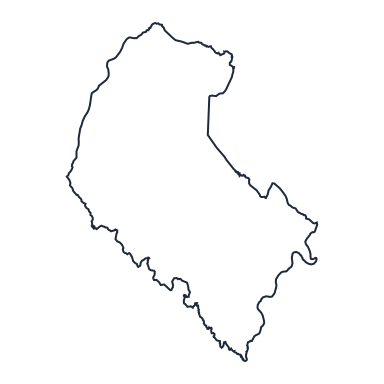 Zoundweogo, Zoundwéogo, Burkina Faso
{"feature_id": "67063806B75605811528327", "entity_name": "Zoundweogo", "entity_type": "district", "adm_level": 2, "iso_a3": "BFA", "parent_name": "Burkina Faso", "parent_adm1": "Zoundwéogo", "projection": "equal_earth", "projection_center": [-0.952, 11.556], "detail": "fine", "context": "isolated", "style": "outline", "palette": "slate", "viewbox_px": 384, "rotation_deg": 0, "n_neighbors": 0, "source": "geoboundaries", "source_scale": "gbopen_adm2", "svg_char_len": 5953}
<svg xmlns="http://www.w3.org/2000/svg" viewBox="0 0 384 384"><path d="M77.7,194.9L79.1,197.2L80.9,198.8L81.5,200.0L81.4,200.9L82.0,201.7L84.2,203.4L85.5,203.7L85.1,205.1L85.2,206.2L86.7,208.2L88.4,209.2L89.1,211.4L90.5,212.8L90.5,215.1L91.7,215.8L92.7,217.8L92.8,219.5L91.6,221.4L92.1,222.8L92.1,224.6L92.6,225.4L91.8,226.0L92.6,227.3L93.0,227.3L93.5,225.9L94.2,226.2L94.6,227.2L93.7,227.6L93.6,228.1L93.8,228.6L95.9,228.3L96.6,229.1L100.3,226.2L101.6,225.7L103.6,226.7L104.5,226.7L105.2,227.4L107.4,227.7L108.0,229.1L109.0,230.1L109.8,230.2L111.0,231.3L114.5,230.3L115.2,229.6L115.5,230.0L116.4,229.8L117.2,230.4L117.2,232.4L116.5,233.6L115.5,239.1L117.4,241.5L119.7,242.4L121.9,244.6L123.3,247.5L123.4,248.2L122.8,249.0L123.1,250.7L123.5,251.8L124.3,252.6L126.0,253.2L127.2,254.3L129.1,253.1L130.0,253.6L132.0,257.0L133.2,261.2L135.2,263.1L136.9,264.0L137.4,265.7L138.3,266.9L140.2,265.6L140.8,262.5L142.0,260.7L143.8,259.8L145.2,258.5L147.1,258.2L148.2,257.5L148.9,257.8L149.1,258.2L148.5,258.3L148.0,260.4L147.7,260.8L147.9,262.5L147.2,263.6L147.9,264.9L149.1,268.9L150.7,270.2L153.9,270.7L154.8,271.6L154.5,275.1L153.2,277.3L153.4,278.8L154.0,280.0L156.5,279.9L159.2,282.3L160.7,285.0L164.2,284.5L170.3,290.2L171.6,289.8L172.0,288.5L172.9,287.2L173.0,284.6L172.1,281.7L174.1,278.3L176.7,278.0L177.9,279.2L178.4,278.8L179.3,279.1L180.6,278.9L181.8,280.5L187.0,282.6L188.2,286.5L188.5,289.7L190.0,292.1L188.8,295.1L188.7,296.8L186.5,297.0L185.9,295.6L185.2,295.1L184.2,295.0L183.8,295.6L184.1,296.4L184.6,296.4L184.8,297.3L183.8,300.6L184.0,303.4L185.2,304.1L187.5,306.8L190.8,306.3L192.8,307.7L193.2,306.5L194.1,306.0L195.0,304.6L195.2,303.2L197.0,303.1L196.4,304.9L197.1,306.0L198.1,305.7L198.3,308.7L198.9,309.8L198.4,310.6L198.8,311.2L198.6,312.2L199.1,312.6L199.0,313.5L200.1,316.8L201.9,317.9L202.6,318.8L202.8,320.0L203.6,320.5L204.0,322.4L203.8,323.3L204.4,324.1L204.6,325.0L206.2,325.6L206.3,326.9L207.2,327.9L207.4,328.8L208.1,329.0L209.0,327.4L209.8,328.3L211.2,327.7L211.5,328.0L211.6,329.1L211.1,330.7L211.5,332.9L211.9,333.3L213.4,333.0L214.5,334.0L214.5,335.1L213.6,336.3L213.7,336.8L214.0,336.7L216.1,339.6L217.3,340.6L220.0,341.1L219.7,343.1L220.2,343.4L220.1,345.0L220.4,346.7L221.4,347.2L221.6,347.7L222.2,347.3L223.4,345.8L224.0,342.3L225.5,342.0L225.7,343.4L228.8,347.4L229.1,349.5L229.8,349.9L231.1,348.6L232.3,350.4L233.6,351.4L234.4,351.1L234.3,351.9L236.5,353.0L237.4,354.1L238.4,353.9L239.1,354.6L240.2,354.6L241.1,355.2L241.3,355.7L240.8,356.2L240.8,356.9L241.6,357.4L242.2,357.3L242.6,359.2L243.3,359.1L243.6,359.8L243.2,360.0L244.3,360.8L245.5,361.0L246.6,360.2L246.9,359.1L246.1,357.1L246.0,354.6L246.5,353.4L246.4,351.7L247.0,351.5L247.9,348.8L247.9,347.9L247.5,347.7L247.8,346.5L247.1,345.6L248.0,342.2L250.1,341.4L250.4,340.8L251.9,341.0L254.2,336.5L255.5,335.4L258.9,333.8L259.5,333.0L260.4,330.7L261.2,327.0L262.6,325.9L263.9,323.9L264.2,322.4L263.9,320.3L262.7,315.5L261.2,312.7L258.1,309.3L257.5,307.9L257.7,305.0L259.3,302.0L260.7,301.1L261.1,299.6L262.9,297.4L266.1,296.3L270.1,296.9L271.4,296.7L272.2,296.4L274.5,293.3L276.2,287.2L276.4,285.1L275.8,281.7L276.0,279.4L278.3,275.4L281.0,272.6L282.4,271.8L286.5,271.3L289.6,267.9L290.8,267.3L291.7,266.2L292.5,263.4L291.8,257.8L292.6,253.7L293.7,252.5L296.2,251.9L299.1,253.3L300.7,255.4L301.3,255.5L301.7,256.8L302.6,258.1L302.5,258.9L303.0,259.6L305.1,261.2L305.6,262.1L308.9,263.9L311.2,264.4L313.7,263.8L315.8,261.6L316.6,259.4L316.4,258.2L315.7,257.8L312.9,259.2L311.1,259.0L310.6,257.9L310.4,253.5L309.7,250.9L308.1,247.1L305.8,244.0L305.3,241.5L306.9,238.6L309.8,235.0L310.4,233.6L312.5,232.1L313.5,232.4L314.8,231.6L317.2,224.7L316.8,222.5L314.6,223.5L313.1,223.0L309.1,219.3L306.1,218.6L306.1,216.7L305.1,215.1L303.8,215.2L303.0,214.3L300.8,213.7L299.7,212.7L298.7,212.6L297.9,212.0L295.6,208.4L292.5,207.5L290.2,205.5L288.8,204.9L287.7,202.9L286.6,198.4L285.6,196.1L283.5,193.0L279.8,188.3L274.3,183.5L272.4,183.3L271.0,186.7L268.6,190.3L267.7,194.5L265.9,198.0L265.3,197.8L264.6,196.7L261.8,197.1L260.6,196.7L260.2,196.2L259.8,194.8L256.7,190.4L250.2,185.2L249.1,183.4L249.1,180.4L249.4,179.7L248.5,178.1L245.8,177.4L245.0,175.7L244.4,176.0L243.6,174.8L242.4,175.7L241.7,175.7L240.7,174.9L239.7,175.8L239.6,174.1L238.9,174.7L238.4,174.4L238.3,173.3L238.8,173.2L238.7,172.7L237.9,172.0L237.1,172.6L236.2,171.4L235.6,171.7L235.4,171.4L235.4,170.7L233.5,168.8L226.3,159.7L224.5,156.8L216.6,147.6L207.8,135.0L209.3,97.0L209.9,96.0L211.9,95.6L216.1,96.1L219.5,93.6L222.8,93.3L224.9,91.3L226.3,89.0L231.9,77.0L232.5,74.0L233.2,72.3L233.4,68.4L234.1,67.9L234.1,67.3L233.0,67.7L232.8,66.7L229.8,64.8L229.8,63.0L230.5,61.9L231.0,61.9L231.4,61.3L232.4,56.7L232.1,56.0L231.8,56.2L231.9,55.0L231.6,54.2L229.4,53.2L227.3,51.3L225.8,51.3L224.9,51.9L224.3,51.7L224.5,52.3L223.9,53.6L220.4,55.1L220.3,54.6L219.7,54.5L219.6,53.9L218.7,53.4L218.5,52.8L217.4,53.5L215.7,52.7L213.2,49.4L211.5,47.9L210.8,46.2L208.3,46.9L207.1,46.1L206.4,46.5L205.7,45.4L204.7,45.6L203.6,44.7L202.4,44.4L201.3,42.8L199.1,42.6L198.3,41.8L193.3,42.9L192.1,42.7L187.8,43.8L181.4,41.5L175.6,40.2L172.8,38.0L165.2,30.8L164.2,29.2L164.0,28.0L161.9,26.0L162.2,25.1L161.8,24.7L159.4,24.5L158.4,23.4L156.6,23.7L155.3,23.0L153.1,23.8L151.9,24.8L150.4,27.9L149.7,27.7L149.0,28.3L149.1,29.2L148.2,30.3L147.0,30.2L146.6,30.4L145.9,31.9L142.9,32.6L141.3,34.7L138.8,36.1L136.8,38.1L133.7,38.2L129.8,37.4L128.7,37.7L126.6,39.3L123.6,43.6L122.1,48.0L120.2,51.7L115.8,57.5L114.0,58.7L108.8,60.6L107.6,62.1L107.2,63.4L107.0,66.6L108.3,69.5L108.7,73.3L108.6,76.0L108.0,77.4L106.0,80.2L98.9,85.8L98.0,88.3L96.6,90.0L92.2,92.8L91.6,93.8L89.9,105.2L88.9,109.1L87.6,112.1L84.7,116.6L82.7,121.0L81.6,125.1L80.2,128.6L78.6,138.4L78.8,142.6L78.6,145.6L76.5,151.1L76.5,157.6L73.5,161.2L72.8,163.3L72.1,164.2L71.9,166.2L72.6,167.2L71.9,169.1L70.9,170.9L68.8,173.4L68.4,175.1L66.8,176.6L69.4,180.0L70.4,183.0L70.0,185.5L72.4,188.2L73.4,191.3L76.6,194.9L77.7,194.9Z" fill="none" stroke="#1e293b" stroke-width="2"/></svg>